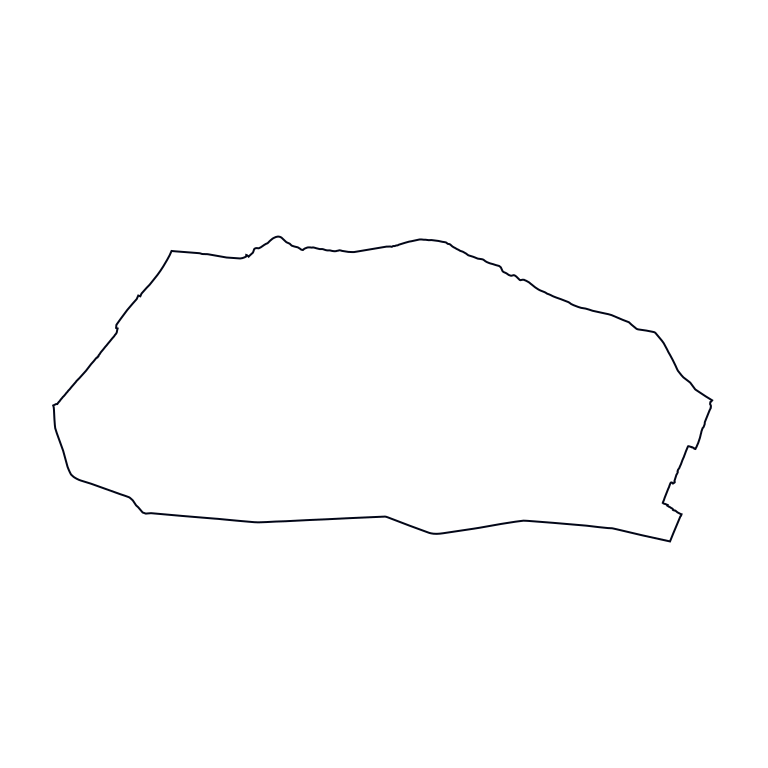 the district of Landsmeer, Noord-Holland, Netherlands, rotated 94°
{"feature_id": "6326949B31825522291609", "entity_name": "Landsmeer", "entity_type": "district", "adm_level": 2, "iso_a3": "NLD", "parent_name": "Netherlands", "parent_adm1": "Noord-Holland", "projection": "mercator", "projection_center": [4.917, 52.451], "detail": "fine", "context": "isolated", "style": "outline", "palette": "ink", "viewbox_px": 768, "rotation_deg": 94, "n_neighbors": 0, "source": "geoboundaries", "source_scale": "gbopen_adm2", "svg_char_len": 5989}
<svg xmlns="http://www.w3.org/2000/svg" viewBox="0 0 768 768"><g transform="rotate(94 384 384)"><path d="M515.2,629.6L516.7,627.6L517.7,626.4L522.4,622.8L524.1,620.6L529.0,615.8L529.9,612.6L529.1,607.4L529.2,602.4L529.7,575.5L530.0,551.9L530.1,543.9L530.1,540.7L530.3,533.4L530.6,521.0L530.9,504.0L530.8,499.8L529.9,491.4L528.8,482.6L527.8,472.9L525.0,449.9L523.0,432.2L520.4,410.5L516.2,373.8L516.3,372.7L516.7,371.1L523.6,348.4L528.9,330.1L529.4,328.3L529.7,326.5L529.9,324.1L529.8,321.0L529.4,317.9L528.8,314.8L522.0,284.1L520.7,278.5L515.4,257.3L512.2,243.3L510.6,235.3L510.5,231.1L510.7,205.2L511.2,172.1L511.8,159.7L512.1,150.4L512.0,146.6L512.1,145.6L512.7,141.7L516.9,116.0L521.1,87.7L512.8,85.0L495.4,79.1L494.7,78.5L493.2,78.1L493.0,79.0L491.8,81.8L491.5,82.4L490.0,84.5L489.9,85.0L490.0,85.4L489.8,86.0L489.7,86.5L489.5,86.9L489.0,86.8L488.3,87.6L487.8,88.4L487.6,89.0L486.6,90.7L486.6,91.1L485.6,92.9L484.9,92.6L484.0,95.3L484.0,95.8L483.6,97.0L483.3,97.2L483.1,97.6L482.0,97.3L480.4,96.7L478.0,96.1L468.8,93.2L466.7,92.4L466.1,92.3L463.7,91.6L462.5,91.1L462.2,90.7L462.2,90.0L462.4,89.6L463.1,89.1L463.1,88.7L462.1,87.4L461.7,87.1L461.4,87.1L460.8,87.5L460.5,87.5L454.3,86.0L453.7,85.8L453.2,85.4L451.5,84.8L451.1,84.8L450.6,85.1L449.6,84.8L449.1,84.7L446.9,83.4L446.0,83.2L443.4,82.2L439.2,81.0L436.4,80.0L435.4,79.6L434.7,79.5L433.2,79.0L430.0,78.1L425.3,76.5L424.9,76.3L424.8,75.9L425.1,74.3L425.7,72.5L425.5,72.4L425.9,71.3L426.3,70.4L426.5,70.3L426.7,70.2L426.9,69.9L427.0,69.6L427.1,68.8L426.0,68.4L424.8,67.8L423.5,67.4L421.1,66.5L415.7,65.1L413.4,64.7L412.0,64.5L411.3,64.3L409.1,64.0L405.8,63.1L405.0,62.4L404.4,62.1L401.7,61.3L401.1,61.3L399.9,61.3L399.4,61.2L387.6,57.4L385.0,56.3L384.7,56.5L384.3,56.5L383.5,56.3L383.2,56.3L382.4,56.6L381.3,57.3L381.0,57.3L379.6,57.2L379.3,57.2L378.6,56.3L377.4,55.5L373.9,62.2L367.9,72.8L367.5,73.3L361.4,78.5L361.0,79.0L356.5,85.8L354.4,88.0L351.2,90.9L350.2,91.8L348.5,92.8L345.5,94.4L339.8,97.7L335.2,100.6L332.4,102.5L329.8,104.0L323.8,107.8L321.4,109.8L314.2,116.7L313.6,117.6L313.4,118.3L313.1,120.4L312.4,126.1L311.8,134.2L311.6,135.2L311.3,136.0L307.5,141.3L305.3,144.0L303.4,150.2L299.4,161.8L298.7,165.1L298.3,168.0L297.5,173.5L296.4,181.0L295.5,184.5L294.7,188.2L294.3,192.6L293.6,195.6L292.9,197.9L292.1,200.5L291.1,203.0L290.3,204.2L289.5,205.6L287.1,213.3L285.8,218.0L284.9,220.9L284.5,222.0L283.6,224.1L283.1,225.5L282.5,227.6L281.7,229.0L281.2,230.1L279.9,234.2L279.5,235.3L278.8,236.8L277.0,240.0L274.4,243.7L273.7,244.8L273.0,245.7L272.4,246.6L271.1,249.4L270.5,251.2L270.3,251.6L270.3,252.0L270.3,253.0L270.4,253.3L270.6,254.1L270.9,255.1L270.7,255.9L267.6,259.5L266.9,260.6L266.5,261.4L266.5,261.7L266.4,262.3L266.7,263.2L267.1,264.4L267.1,264.6L267.1,265.2L266.5,267.2L265.1,269.5L264.6,270.7L264.0,272.4L263.8,272.8L263.3,273.4L263.0,273.7L259.8,275.4L259.2,275.9L258.9,276.4L258.4,277.1L258.2,277.5L257.6,280.6L256.8,283.8L256.3,286.4L256.0,287.5L255.2,289.9L254.4,291.5L253.2,293.3L253.0,293.7L252.7,294.9L252.5,297.4L252.4,299.1L252.1,300.1L251.4,302.2L250.9,303.8L249.7,308.9L249.1,309.8L248.8,310.3L248.1,311.3L247.9,311.8L247.3,313.0L246.5,314.7L246.0,316.7L245.7,317.6L245.0,318.9L244.3,320.7L243.1,323.1L242.9,323.7L242.0,325.4L240.6,327.2L240.2,327.7L239.8,328.9L239.8,329.8L239.7,330.2L239.6,330.4L239.3,330.8L238.7,331.6L238.5,332.0L238.3,333.1L238.2,334.1L238.1,335.6L237.5,339.7L237.1,346.7L237.4,349.3L237.2,352.6L237.3,354.3L237.2,356.9L237.3,358.4L237.6,359.5L239.7,366.7L240.2,368.8L241.6,372.7L244.0,378.9L244.7,380.0L244.8,380.3L244.9,381.1L245.0,381.6L245.5,382.6L245.7,383.2L245.7,384.2L245.8,384.6L246.5,385.6L246.6,385.9L246.4,387.2L246.8,391.2L253.6,419.4L254.5,423.2L254.6,424.5L254.7,428.8L254.2,434.4L254.1,435.4L253.9,436.0L253.7,437.6L253.8,438.1L254.1,438.8L254.5,440.4L254.8,441.1L255.0,442.4L255.0,443.3L254.9,444.9L254.5,447.2L254.5,447.8L254.7,449.8L254.6,450.7L254.5,451.5L253.8,454.2L253.7,455.0L253.9,457.3L253.8,458.1L253.3,461.0L252.9,462.8L252.7,464.3L252.7,464.5L252.9,465.0L253.0,465.6L252.9,467.2L253.0,469.1L253.1,469.6L253.3,470.2L254.4,472.5L255.2,473.5L255.9,474.1L256.0,474.3L255.9,474.7L255.8,475.6L255.6,476.2L254.9,477.2L253.7,479.5L253.1,483.0L252.7,484.6L252.4,485.7L251.7,486.6L250.9,487.5L250.6,487.9L249.5,490.9L249.1,491.6L245.1,496.5L244.8,497.2L244.5,498.0L244.4,498.7L244.3,499.4L244.4,500.4L244.9,502.1L245.8,503.8L246.3,504.6L246.7,505.2L248.5,507.1L249.4,508.0L251.3,509.6L251.8,510.2L252.5,511.6L253.7,513.3L256.2,516.4L256.9,517.6L257.3,518.3L257.4,518.8L257.3,519.8L257.3,520.5L257.4,521.0L257.5,521.5L258.1,522.6L258.8,523.0L261.2,523.6L262.2,524.0L263.0,524.8L265.3,527.0L266.4,527.9L265.8,528.6L265.1,529.7L264.9,530.4L266.4,530.4L267.3,531.8L267.8,532.9L268.3,534.1L268.8,536.2L268.8,549.9L266.8,569.0L266.9,571.4L267.0,574.2L267.0,574.5L266.5,576.5L266.4,577.3L266.2,602.1L266.1,605.2L270.5,606.8L275.1,608.9L282.1,612.4L286.6,614.9L291.0,617.6L301.3,624.7L304.6,627.5L310.7,632.2L313.5,633.2L312.9,635.3L316.5,636.6L321.3,640.3L328.1,645.3L337.8,651.5L343.2,654.8L343.8,655.1L346.3,655.1L346.6,655.2L346.9,655.1L347.2,653.6L348.7,653.9L351.2,654.2L352.4,654.7L353.7,655.7L355.3,656.6L357.5,658.3L360.8,660.6L362.7,662.0L364.9,663.5L366.3,664.6L368.8,666.3L372.4,668.9L373.5,669.4L375.4,670.7L376.3,670.8L376.7,671.2L376.8,671.6L377.5,671.7L378.1,672.7L378.6,673.2L379.7,673.9L380.5,674.5L381.4,675.1L384.5,677.5L391.6,682.2L399.8,688.6L400.4,689.2L401.8,690.3L402.0,690.6L402.2,690.8L403.4,691.5L409.0,695.7L411.2,697.2L412.7,698.5L414.0,699.3L415.2,700.3L416.6,701.2L418.6,702.7L419.3,703.4L420.8,704.4L421.8,705.2L424.2,706.7L424.5,707.1L426.2,708.2L426.8,708.5L426.9,709.7L428.5,712.5L429.2,712.2L430.5,711.8L433.0,711.4L442.2,710.3L447.8,709.5L451.0,708.9L455.8,707.0L473.0,699.4L488.7,693.9L491.6,692.5L493.8,691.3L495.8,690.1L496.3,689.7L498.2,687.3L498.8,686.3L499.9,684.1L500.9,681.6L501.5,679.5L503.9,669.3L504.6,666.8L512.3,639.5L513.5,634.8L514.7,630.6L515.2,629.6Z" fill="none" stroke="#020617" stroke-width="2"/></g></svg>